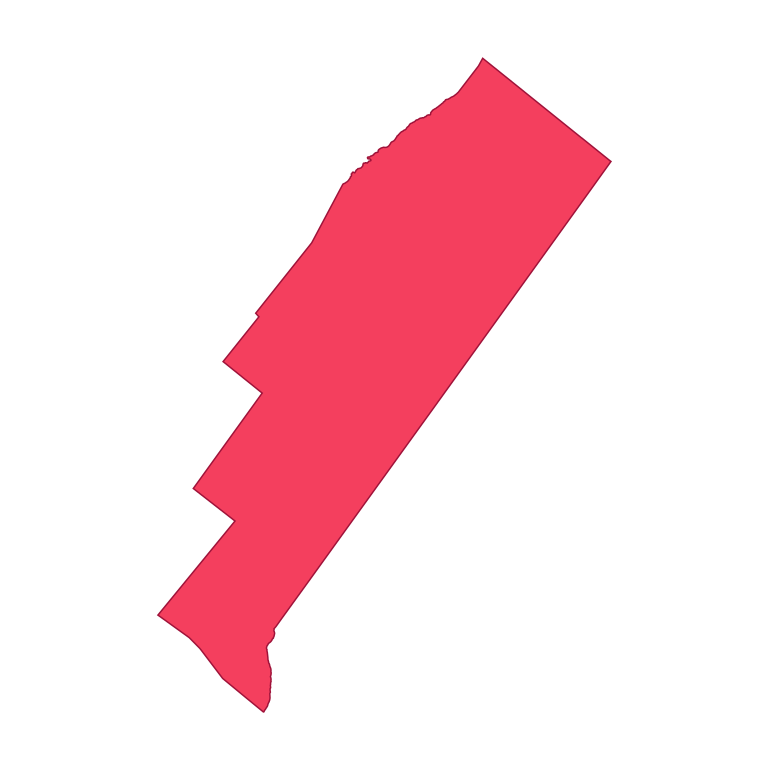 the district of Colón, Buenos Aires, Argentina, rotated 174°
{"feature_id": "61730980B58132582159451", "entity_name": "Colón", "entity_type": "district", "adm_level": 2, "iso_a3": "ARG", "parent_name": "Argentina", "parent_adm1": "Buenos Aires", "projection": "mercator", "projection_center": [-61.045, -33.853], "detail": "fine", "context": "isolated", "style": "filled", "palette": "rose", "viewbox_px": 768, "rotation_deg": 174, "n_neighbors": 0, "source": "geoboundaries", "source_scale": "gbopen_adm2", "svg_char_len": 3841}
<svg xmlns="http://www.w3.org/2000/svg" viewBox="0 0 768 768"><g transform="rotate(174 384 384)"><path d="M537.9,70.4L537.6,70.7L537.1,71.5L536.6,72.2L535.8,73.0L535.1,74.0L534.7,74.4L533.5,76.0L533.3,76.5L533.1,77.1L533.0,77.5L532.7,78.0L532.5,78.5L531.8,79.5L531.5,80.0L531.2,80.7L530.9,81.2L530.6,82.2L530.4,82.7L530.1,84.4L530.1,85.3L530.0,86.5L530.0,87.4L529.9,88.2L529.2,89.4L529.3,90.9L529.3,91.7L529.0,93.2L528.5,93.7L528.5,96.3L528.1,97.3L528.1,98.2L527.9,99.0L527.7,99.3L527.4,99.9L527.5,100.7L527.3,101.4L527.3,101.5L527.2,102.3L527.2,102.9L527.3,103.5L527.3,104.0L527.6,104.6L527.1,105.9L526.9,106.4L526.8,106.7L526.7,107.0L526.6,107.5L526.4,108.7L526.5,109.4L526.5,110.2L526.3,111.1L526.3,112.0L526.4,113.2L526.7,114.1L527.1,115.6L527.1,116.5L527.3,117.6L527.8,118.6L527.9,120.3L528.2,121.8L528.2,122.4L528.1,124.1L528.1,125.3L528.1,126.2L528.1,127.7L528.1,128.5L528.1,129.4L528.3,130.6L528.3,130.9L528.1,132.0L528.4,132.4L528.4,132.8L528.5,133.5L528.4,134.1L528.0,135.1L527.7,135.8L527.1,136.5L526.7,136.9L526.3,137.7L525.8,138.2L525.0,138.6L523.9,139.3L523.3,139.8L522.3,140.9L521.8,141.9L520.6,142.8L520.6,143.4L520.0,144.0L519.8,144.5L519.2,146.3L519.0,146.8L518.8,147.7L519.0,149.1L519.3,149.9L519.3,150.2L518.9,151.6L518.9,152.2L517.6,153.3L516.5,154.4L510.4,161.3L474.8,201.0L420.7,261.6L365.9,322.9L332.6,360.1L332.3,360.5L331.0,361.9L164.2,548.8L135.0,581.6L135.8,582.3L161.5,607.9L161.8,608.1L251.8,697.6L256.8,690.4L279.9,666.1L280.2,666.0L280.6,665.7L281.0,665.3L281.3,665.1L281.6,664.8L281.9,664.7L282.4,664.4L282.8,664.1L283.6,663.7L284.1,663.3L284.9,662.9L285.7,662.6L286.8,662.3L287.5,662.0L288.1,661.6L288.5,661.4L289.1,661.2L289.7,660.9L290.4,660.5L291.5,660.5L292.8,660.3L293.6,659.6L293.9,659.1L294.3,658.7L295.3,658.3L296.2,657.2L297.0,656.9L298.1,656.1L298.5,655.8L299.4,655.3L300.0,654.9L301.1,654.2L301.8,653.7L302.6,653.4L303.7,652.6L304.7,652.3L305.5,651.9L306.6,651.4L307.2,651.0L307.9,650.2L308.4,649.8L309.2,648.8L309.5,647.4L309.7,647.0L310.7,646.8L311.4,647.0L312.1,646.9L313.1,646.7L313.8,646.1L314.3,645.6L315.0,645.6L316.0,645.0L316.9,644.6L317.9,644.8L318.9,644.6L319.5,644.5L320.2,644.6L321.5,644.0L322.4,643.5L323.3,643.2L324.1,643.2L324.9,642.8L325.6,642.1L326.3,641.7L327.3,641.3L328.1,641.1L328.9,640.6L329.5,640.5L330.5,640.2L331.2,639.6L331.8,638.9L332.5,638.0L332.9,637.6L333.7,637.2L334.3,636.7L334.8,636.1L335.2,635.5L335.4,635.3L335.7,635.0L336.1,634.8L336.4,634.6L337.3,634.4L338.4,633.9L339.0,633.3L340.1,633.1L341.2,632.4L342.0,631.7L342.7,631.0L343.6,630.4L343.9,629.8L345.0,629.3L345.6,628.3L345.9,627.8L346.7,627.1L347.3,626.1L348.0,625.5L348.9,624.7L349.4,624.5L351.1,623.9L351.9,623.3L352.4,622.5L352.9,621.9L353.6,621.0L354.5,620.2L355.4,619.6L356.5,619.2L357.3,619.1L358.5,619.2L359.5,619.5L360.2,619.4L361.5,619.1L362.2,619.0L363.4,618.4L364.5,617.8L365.3,617.0L365.4,616.2L365.9,615.1L367.0,615.0L367.9,614.9L368.7,614.6L369.9,613.8L370.4,613.0L371.6,612.6L372.2,612.2L373.6,612.0L374.1,611.6L374.9,611.2L376.1,611.5L376.8,610.8L376.6,609.8L375.8,609.5L374.6,609.3L373.7,608.5L373.7,607.6L374.5,607.3L375.7,607.2L376.3,606.6L377.0,606.0L377.7,605.5L378.7,605.9L379.5,606.0L380.1,605.6L381.3,605.7L381.9,604.8L382.1,603.8L382.3,603.2L383.1,602.3L383.8,601.7L384.5,601.2L385.3,601.1L386.5,600.9L387.4,600.9L388.1,600.2L389.0,599.8L389.6,599.1L390.1,598.2L391.0,597.1L391.8,597.5L392.7,598.0L393.4,597.6L393.9,596.7L394.3,596.3L394.6,596.2L394.5,595.1L394.7,594.5L395.0,593.9L395.8,593.4L396.0,592.6L396.5,592.0L397.2,591.2L397.8,590.5L398.5,589.8L399.1,589.3L399.9,588.8L400.5,588.6L401.3,588.0L402.5,587.6L403.5,587.3L404.0,587.0L441.1,532.0L504.2,467.8L501.4,463.9L541.7,423.1L506.1,387.7L584.6,300.0L546.5,263.3L633.0,177.8L604.2,152.1L594.8,140.3L593.3,137.9L575.2,108.0L554.8,87.2L538.4,70.6L537.9,70.4Z" fill="#f43f5e" stroke="#9f1239" stroke-width="1.5"/></g></svg>